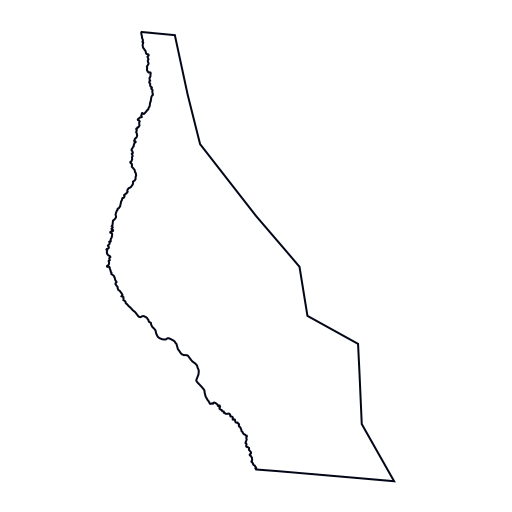 outline of El Cuy, Río Negro, Argentina, rotated 273°
{"feature_id": "61730980B90515114322880", "entity_name": "El Cuy", "entity_type": "district", "adm_level": 2, "iso_a3": "ARG", "parent_name": "Argentina", "parent_adm1": "Río Negro", "projection": "albers", "projection_center": [-68.134, -39.816], "detail": "fine", "context": "isolated", "style": "outline", "palette": "ink", "viewbox_px": 512, "rotation_deg": 273, "n_neighbors": 0, "source": "geoboundaries", "source_scale": "gbopen_adm2", "svg_char_len": 6046}
<svg xmlns="http://www.w3.org/2000/svg" viewBox="0 0 512 512"><g transform="rotate(273 256 256)"><path d="M42.8,267.5L42.3,288.9L38.3,405.7L93.7,370.4L145.2,365.4L173.6,362.5L198.9,310.5L247.5,300.0L261.5,286.8L295.8,254.1L364.8,194.3L413.9,179.2L472.3,163.4L473.7,130.0L472.9,129.7L471.6,129.9L469.5,130.6L468.9,130.6L467.8,130.8L466.2,131.6L465.3,131.8L464.9,131.8L464.4,131.5L463.9,131.4L463.7,131.5L463.7,131.9L463.2,132.2L460.7,131.7L458.2,132.3L455.0,134.9L454.6,135.1L452.8,135.5L452.2,135.9L451.9,136.7L451.6,138.0L451.1,138.3L450.5,138.3L449.6,137.4L449.2,137.2L446.9,138.3L446.6,138.3L445.7,137.7L444.0,138.0L443.0,138.6L442.7,138.6L442.0,138.5L439.4,137.1L438.2,137.5L436.3,137.3L435.3,137.7L434.6,138.3L433.7,138.9L433.6,139.4L433.8,139.7L433.8,140.5L433.7,141.0L433.3,141.2L432.7,141.3L432.0,141.1L430.3,141.2L429.0,140.9L428.4,140.4L427.9,140.3L426.1,140.7L425.5,141.1L424.8,140.4L423.9,140.3L423.4,140.5L422.8,141.1L422.3,141.4L421.1,141.3L420.3,141.5L419.9,141.8L419.0,143.0L418.7,143.2L418.4,143.2L418.0,142.7L417.7,142.7L417.2,142.9L416.5,143.8L415.9,144.1L414.6,143.8L412.1,144.5L411.5,144.6L410.9,143.9L409.4,143.2L407.4,143.0L407.0,143.0L405.5,142.7L404.9,142.8L403.6,142.2L400.3,142.0L399.6,141.8L398.6,141.1L396.7,140.7L395.7,139.4L395.0,139.2L392.2,136.9L392.0,136.5L392.8,135.0L392.6,134.6L391.3,134.5L390.4,134.0L388.9,134.7L388.6,134.3L388.1,132.6L387.2,131.8L386.5,131.0L386.0,130.8L385.5,131.1L385.1,132.3L384.4,132.8L383.7,132.5L382.3,132.4L380.1,132.8L378.7,132.0L378.5,131.9L378.5,131.4L378.2,130.9L377.3,130.7L377.1,130.0L376.9,129.8L376.3,129.8L375.2,130.4L373.5,129.8L373.1,130.1L371.6,130.7L370.0,131.0L368.5,130.6L367.7,130.1L366.8,129.0L365.3,128.6L364.7,128.3L364.2,128.6L364.1,129.6L363.6,129.9L363.3,129.7L362.5,128.7L361.6,128.5L360.4,128.1L359.5,128.2L359.3,128.1L358.1,127.3L357.4,127.1L356.2,126.3L355.8,126.2L355.1,126.2L354.3,126.9L352.8,127.6L352.5,127.6L352.1,127.1L351.4,126.6L350.1,127.4L349.4,127.6L348.2,127.0L347.6,127.0L345.9,127.3L344.8,126.8L344.0,126.6L343.7,126.4L343.3,125.6L342.9,125.6L342.5,125.7L341.4,127.2L340.7,127.4L338.7,127.3L336.9,129.1L335.4,130.4L333.7,130.7L332.3,131.7L331.2,131.8L330.1,132.1L328.6,131.6L326.5,131.7L325.1,130.9L323.8,129.3L322.5,129.4L321.0,129.2L318.4,127.5L317.5,126.4L317.1,125.3L315.2,124.1L314.5,124.1L313.8,124.4L313.3,124.4L312.7,123.7L311.8,123.5L311.2,122.3L310.5,122.1L310.2,121.4L309.9,121.1L309.5,121.1L308.5,121.5L308.0,121.4L307.1,120.7L306.9,119.7L306.7,119.5L304.5,119.1L303.5,118.5L298.6,117.7L296.8,116.7L296.0,115.4L295.4,115.3L294.9,115.4L294.1,114.7L291.6,113.9L289.9,113.6L288.0,114.2L287.1,114.1L285.0,112.7L283.8,111.3L281.0,111.2L279.4,111.0L278.6,110.6L278.6,111.0L278.0,110.9L277.0,111.4L276.5,111.2L276.1,110.5L275.5,110.3L275.0,110.6L274.5,111.8L273.8,112.0L273.5,111.8L273.4,111.5L273.2,111.1L273.3,110.8L273.0,110.2L272.4,109.3L272.1,109.2L271.7,109.4L271.9,109.8L271.8,110.4L271.0,110.7L270.7,111.1L269.5,111.3L269.0,111.1L267.8,111.1L266.2,110.6L265.4,110.1L264.4,110.0L263.1,110.2L262.7,109.9L262.8,109.0L262.6,108.7L261.2,109.2L260.7,109.2L259.8,108.7L259.3,108.0L258.6,107.6L258.3,107.7L257.1,108.6L256.3,108.5L255.5,107.8L255.2,106.6L254.6,106.3L253.5,107.1L252.6,106.8L251.2,107.0L250.1,107.4L248.9,108.5L248.4,109.9L247.4,110.6L246.5,109.8L246.1,109.6L244.2,110.2L243.9,109.9L243.8,109.4L243.3,109.1L241.5,109.7L240.2,109.5L239.2,109.1L238.3,107.8L237.8,107.7L237.4,108.1L237.5,109.5L237.4,110.0L236.9,110.5L235.6,110.7L234.0,111.5L232.6,111.8L231.9,112.5L230.6,112.4L228.7,115.1L227.8,115.6L227.5,115.6L226.7,116.1L225.6,116.4L224.4,116.8L223.0,118.0L222.6,118.1L221.4,117.1L220.5,117.2L219.3,118.1L217.7,119.5L216.7,119.5L215.0,120.2L214.2,121.6L211.2,124.1L210.1,124.7L209.3,124.0L208.7,123.8L208.4,125.1L207.9,125.8L207.4,125.7L206.5,125.9L205.0,125.9L204.7,126.4L204.6,126.8L204.0,127.6L203.2,128.2L202.3,128.3L201.4,129.2L201.1,129.8L199.3,131.4L198.0,133.2L195.3,135.9L193.6,138.3L189.7,141.6L189.1,142.4L188.9,143.4L188.9,143.8L189.2,144.4L189.8,145.3L190.1,146.6L190.1,147.1L189.1,149.4L188.5,150.3L188.0,150.7L187.5,151.0L186.3,152.0L185.3,152.2L184.7,152.6L184.4,153.0L184.1,153.9L183.6,154.6L181.9,154.9L179.7,156.2L178.2,158.0L176.5,159.5L173.9,160.2L171.9,161.1L170.0,162.3L169.0,163.8L168.4,165.3L167.9,167.1L167.8,169.4L168.0,170.4L168.9,171.4L169.2,172.1L169.3,173.2L168.5,175.3L167.2,178.1L166.3,179.3L164.8,180.3L164.0,181.2L158.8,182.9L157.8,183.9L155.3,185.7L154.1,186.9L153.2,189.2L153.4,190.9L153.1,192.9L152.9,193.2L148.1,197.2L146.8,198.8L145.7,200.7L143.6,202.8L141.0,203.7L139.6,204.5L138.4,204.8L137.2,204.9L134.5,204.7L129.1,202.9L128.4,202.9L126.8,204.0L122.3,208.8L119.8,211.0L119.0,211.5L116.3,212.0L113.2,213.0L109.9,215.0L108.2,216.5L106.4,217.5L106.0,217.9L106.0,218.7L106.5,219.6L106.2,220.5L106.3,220.9L107.1,221.1L107.5,221.8L107.1,223.2L105.7,225.2L105.2,225.6L104.5,225.7L104.2,226.1L104.7,226.9L104.8,227.4L103.6,228.0L103.1,227.8L102.9,227.5L102.5,227.7L102.0,227.5L101.5,227.6L100.8,228.5L100.4,229.8L99.5,230.2L99.4,230.4L99.1,231.0L99.1,231.5L99.0,231.9L97.7,232.3L97.7,232.9L97.1,233.5L96.8,234.6L96.9,235.4L97.2,237.2L97.0,237.7L96.2,238.5L95.0,238.6L94.5,239.0L94.4,239.4L94.5,239.6L94.4,240.1L94.1,240.8L93.7,241.2L93.2,241.4L92.3,241.2L91.5,241.3L91.3,241.7L91.7,242.7L91.6,243.3L91.1,243.7L89.6,243.9L88.9,244.4L88.5,245.2L88.7,246.1L88.7,246.3L88.0,246.6L87.6,247.4L87.1,247.9L86.0,247.7L85.7,247.9L85.0,247.9L84.6,248.7L83.4,249.7L82.8,249.8L81.9,250.4L80.4,250.7L79.6,251.7L78.7,252.1L77.7,252.9L77.3,253.4L77.0,254.5L76.2,255.1L76.1,256.1L75.6,256.3L75.3,256.3L73.9,255.8L72.2,256.3L69.1,255.3L68.6,255.4L68.3,256.1L67.2,256.2L67.0,256.4L65.6,256.1L65.1,256.4L64.8,256.9L64.7,257.8L63.9,259.1L63.5,259.2L62.3,259.1L61.9,259.2L60.4,260.7L59.6,261.3L58.8,261.3L58.1,261.0L57.7,260.3L57.2,260.1L56.6,260.3L56.0,261.3L55.2,261.9L54.0,262.6L52.2,262.8L51.0,262.7L50.7,262.2L50.3,262.2L48.8,263.8L47.6,264.1L47.1,264.7L46.6,265.7L45.4,266.6L45.0,266.7L44.2,266.5L43.6,266.6L43.1,267.1L43.4,267.4L42.8,267.5Z" fill="none" stroke="#020617" stroke-width="2"/></g></svg>